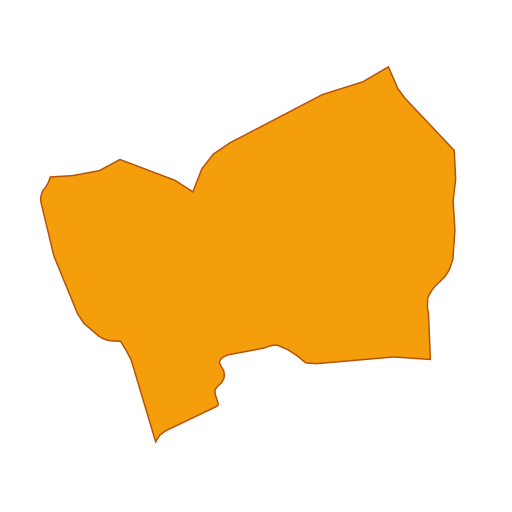 outline of Samut Sakhon, rotated 174°
{"feature_id": "THA-423", "entity_name": "Samut Sakhon", "entity_type": "Province", "adm_level": 1, "iso_a3": "THA", "parent_name": "Thailand", "parent_adm1": "", "projection": "orthographic", "projection_center": [100.245, 13.578], "detail": "fine", "context": "isolated", "style": "filled", "palette": "amber", "viewbox_px": 512, "rotation_deg": 174, "n_neighbors": 0, "source": "natural_earth", "source_scale": "10m", "svg_char_len": 1040}
<svg xmlns="http://www.w3.org/2000/svg" viewBox="0 0 512 512"><g transform="rotate(174 256 256)"><path d="M452.2,356.1L430.3,355.1L402.8,357.3L381.3,366.2L328.6,339.7L312.1,326.4L300.8,348.3L287.8,361.8L269.8,371.4L173.1,409.6L131.5,418.1L104.6,430.3L97.4,407.6L91.3,397.2L47.8,340.2L49.4,311.6L54.2,290.2L55.5,260.7L60.5,232.4L64.3,224.0L66.2,220.7L70.9,215.1L80.8,207.5L84.6,203.6L89.5,196.9L90.9,187.4L90.5,180.6L93.4,134.9L129.7,141.2L207.1,142.6L217.7,144.5L225.6,152.6L234.2,159.5L243.6,164.9L247.7,165.5L252.5,164.9L257.5,163.6L294.5,160.6L300.5,158.3L303.5,155.0L303.0,151.7L300.2,145.6L299.9,142.0L300.4,138.5L302.0,135.6L304.0,133.0L307.0,131.2L309.2,129.1L310.9,126.5L311.1,123.1L309.0,113.2L309.4,111.5L311.5,110.3L364.2,91.6L370.4,87.9L375.2,81.7L391.0,165.6L394.5,174.6L399.6,185.3L408.6,186.7L412.9,187.9L416.6,189.7L420.9,192.9L434.2,207.0L439.5,217.3L457.0,277.1L464.2,331.6L464.2,336.0L462.9,339.9L461.4,342.9L458.7,345.7L455.6,349.6L452.2,356.0L452.2,356.1Z" fill="#f59e0b" stroke="#b45309" stroke-width="1.5"/></g></svg>